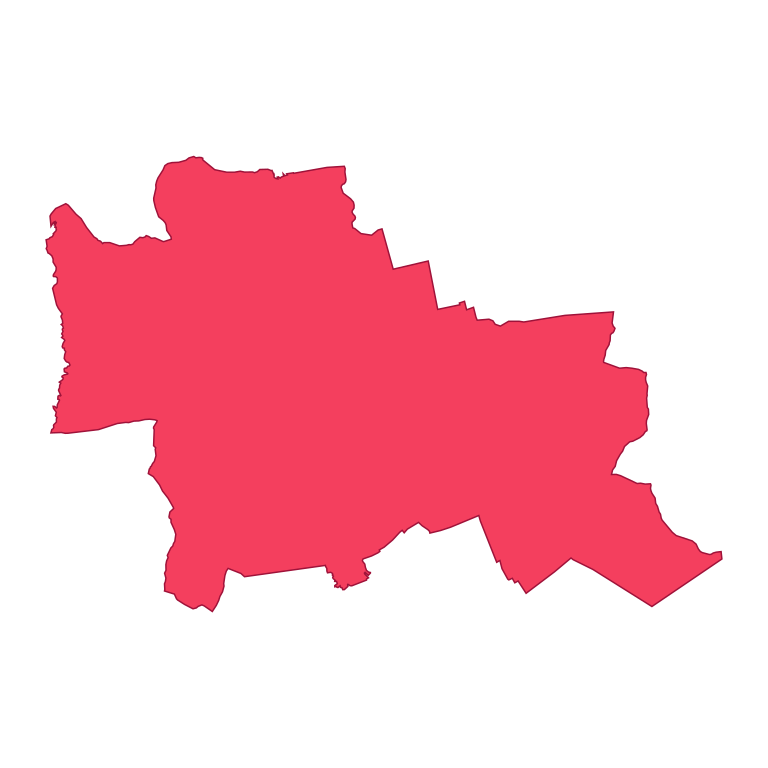 outline of Tatarani, Dâmbovita, Romania
{"feature_id": "2599482B54832396479791", "entity_name": "Tatarani", "entity_type": "district", "adm_level": 2, "iso_a3": "ROU", "parent_name": "Romania", "parent_adm1": "Dâmbovita", "projection": "albers", "projection_center": [25.253, 44.999], "detail": "fine", "context": "isolated", "style": "filled", "palette": "rose", "viewbox_px": 768, "rotation_deg": 0, "n_neighbors": 0, "source": "geoboundaries", "source_scale": "gbopen_adm2", "svg_char_len": 5984}
<svg xmlns="http://www.w3.org/2000/svg" viewBox="0 0 768 768"><path d="M721.9,559.0L721.1,551.6L716.1,552.2L713.2,553.0L711.2,554.3L709.4,554.5L702.3,552.6L700.3,551.5L698.3,548.9L696.1,544.1L692.2,540.9L676.2,535.6L672.3,532.3L662.1,520.1L661.2,518.1L660.5,514.2L659.1,512.0L657.5,506.4L655.7,503.4L655.1,498.1L651.9,493.2L650.8,490.2L650.5,488.2L651.0,485.1L650.5,483.8L645.2,484.1L640.5,483.2L637.1,483.5L620.6,475.7L616.3,474.4L611.5,474.5L612.6,469.9L615.2,466.4L616.6,460.7L620.3,454.2L622.6,451.2L624.5,446.5L629.7,441.8L632.8,441.2L639.8,437.6L643.2,434.8L645.4,431.5L646.8,430.8L647.1,429.9L646.3,423.5L646.5,420.5L648.7,414.5L648.4,409.1L647.3,407.4L646.6,398.1L647.2,395.4L647.0,393.7L647.7,386.0L646.2,382.4L645.6,379.9L645.6,377.3L646.5,374.5L646.0,372.5L643.7,372.5L642.3,371.2L638.6,369.4L631.9,368.2L626.2,367.6L619.6,368.2L603.7,362.4L603.5,361.9L603.8,359.5L605.2,355.2L605.7,350.5L609.1,344.6L609.3,342.9L610.1,340.8L610.4,334.9L611.7,333.3L612.9,332.8L614.0,331.1L615.0,328.3L613.2,326.1L612.1,323.0L613.5,311.9L564.9,315.4L523.8,322.0L519.3,321.3L508.6,321.3L500.4,326.1L495.2,324.3L492.9,320.8L489.0,319.2L477.2,320.2L476.0,317.3L473.5,307.3L466.6,309.8L464.5,301.3L459.4,303.0L459.8,304.8L437.7,309.4L428.2,261.0L393.2,269.2L382.0,228.9L378.1,230.0L371.6,235.2L361.0,233.6L354.7,228.5L352.8,227.9L352.0,223.8L352.1,222.2L355.1,219.1L355.4,217.4L354.8,215.9L353.2,214.3L352.1,212.3L352.2,210.9L354.0,208.2L354.1,205.1L353.4,202.1L350.6,198.8L343.2,193.2L341.1,187.4L341.5,185.7L342.7,184.3L344.3,183.7L345.6,181.8L346.0,179.5L344.9,172.0L345.2,168.6L344.3,166.3L327.0,167.4L296.0,172.9L293.7,173.3L293.5,172.8L286.7,173.8L287.4,175.0L284.9,175.7L283.2,173.8L283.6,176.2L281.4,177.0L280.2,178.1L278.3,176.8L277.2,177.2L277.8,177.8L278.0,178.9L276.0,178.6L274.2,177.4L273.9,175.8L274.3,175.0L273.6,174.3L273.8,173.5L273.3,173.4L272.0,170.4L271.2,170.6L267.9,169.3L259.8,169.5L257.4,171.7L254.6,172.7L252.5,172.0L244.6,172.1L240.3,171.2L234.6,172.2L226.7,172.2L214.7,169.7L203.1,160.2L202.6,159.2L202.8,158.3L201.5,157.6L199.2,157.4L195.8,157.8L193.8,156.5L189.0,157.9L185.9,160.3L178.7,162.3L172.0,162.6L167.8,163.6L164.9,165.6L163.0,170.0L158.0,177.9L156.7,181.1L155.8,184.8L156.0,188.0L153.7,198.2L153.8,200.6L155.4,207.5L158.7,216.8L163.2,220.4L165.1,222.6L166.1,224.8L166.8,230.5L171.0,236.8L171.3,239.2L164.5,241.4L163.2,241.6L154.9,237.9L151.4,238.3L148.7,236.5L146.2,235.6L145.1,236.9L142.9,237.7L139.9,237.3L134.8,241.6L132.8,244.2L130.6,244.8L129.0,244.6L126.5,245.3L119.4,245.9L109.7,242.6L103.9,242.6L102.7,243.6L100.5,241.2L97.9,240.3L96.9,238.7L94.0,237.0L86.5,227.4L81.1,218.6L76.0,214.2L68.3,205.2L65.8,203.7L55.7,208.5L51.2,213.9L50.0,216.1L51.0,226.3L53.4,222.4L55.2,221.5L55.4,222.2L56.3,222.4L56.2,223.0L55.3,223.0L54.8,223.6L53.9,223.2L54.4,223.8L54.3,224.8L55.5,224.4L54.9,227.2L56.2,227.3L56.0,228.9L56.4,229.7L55.9,230.9L53.2,233.8L53.6,234.4L52.4,236.6L49.9,237.7L49.1,238.8L46.1,239.8L47.1,246.3L46.2,248.7L47.1,250.3L48.0,253.0L49.3,253.6L51.8,255.8L53.1,258.9L53.1,262.1L56.2,267.3L56.1,269.7L55.6,271.3L53.5,274.5L53.2,276.0L53.7,276.6L55.6,276.6L57.1,277.7L57.4,278.3L57.4,281.9L56.8,283.7L54.2,285.5L52.6,288.3L56.6,304.8L58.4,308.4L62.4,313.9L61.2,315.8L61.0,316.7L62.4,320.1L62.7,323.4L61.2,324.5L62.6,325.7L63.4,328.1L62.4,328.9L62.3,329.7L63.0,331.4L61.7,333.9L62.7,335.3L62.8,336.3L61.6,337.5L64.2,339.4L64.8,340.5L63.1,343.3L62.2,346.5L62.7,347.9L64.4,348.2L64.3,349.7L65.7,351.7L64.7,354.7L64.2,358.5L65.7,361.0L66.8,362.0L68.7,362.5L69.9,364.6L69.9,365.3L69.2,366.0L67.7,366.3L66.7,367.9L64.6,368.3L64.1,369.0L64.4,371.8L67.2,372.9L67.8,373.5L67.6,374.1L64.1,374.9L62.0,376.2L61.9,376.9L63.1,377.7L63.1,378.9L62.0,380.2L59.3,382.1L60.8,383.1L59.7,385.2L59.5,388.2L58.7,389.3L58.6,390.6L60.9,395.5L60.5,395.9L59.2,395.4L58.0,396.2L57.8,399.2L59.3,399.7L59.5,400.2L57.3,404.8L57.1,407.6L56.5,408.0L54.7,406.4L53.1,406.3L53.5,408.4L56.3,412.3L55.4,415.8L57.0,417.5L56.4,418.9L56.4,422.1L53.8,424.7L53.5,425.5L53.8,427.3L53.1,428.7L51.8,429.6L50.9,432.9L61.4,432.5L65.3,433.3L68.1,433.2L98.5,429.6L117.3,423.5L125.8,422.4L128.7,422.6L133.9,421.1L138.8,420.9L144.9,419.5L149.6,419.2L154.8,419.8L157.1,420.6L156.7,422.1L153.7,426.9L153.5,428.1L154.2,429.6L153.6,445.7L155.7,447.8L155.2,449.3L156.0,455.7L154.3,461.5L152.7,463.4L151.2,466.4L150.5,466.8L149.9,468.6L149.3,469.0L148.3,473.6L153.3,476.6L159.6,485.0L162.5,491.0L168.0,498.1L173.4,507.5L173.6,508.5L169.9,512.0L169.0,516.7L169.2,517.8L171.0,519.3L171.0,522.3L174.3,529.5L175.8,534.3L174.8,541.4L173.5,543.5L172.8,546.0L170.9,547.9L167.3,555.4L168.1,557.6L166.6,560.9L165.9,564.6L166.0,570.3L164.6,573.2L165.9,578.1L165.4,581.5L164.5,583.8L164.8,589.4L164.5,591.0L174.4,594.1L176.5,598.8L177.6,600.0L184.5,604.4L193.0,608.8L196.4,607.9L198.1,606.4L201.9,604.9L204.2,605.9L212.3,611.5L216.3,605.4L218.7,600.4L219.9,596.5L222.5,591.8L224.0,586.1L223.7,583.6L224.9,575.6L226.3,571.1L228.1,568.4L241.0,573.5L244.5,576.7L325.4,565.4L325.6,566.5L326.8,568.4L326.9,571.1L327.5,572.8L330.7,572.3L332.3,573.3L332.8,574.3L332.3,575.0L333.4,576.2L332.7,577.3L333.1,578.5L335.3,580.4L335.4,580.8L334.8,580.7L334.7,581.4L336.6,581.5L337.3,583.7L334.8,585.5L334.8,586.8L336.2,586.5L337.0,587.3L338.0,587.5L340.1,585.8L340.5,587.4L341.9,587.7L342.8,589.7L344.4,589.6L347.9,586.4L347.6,584.7L347.9,584.3L350.1,585.7L351.8,585.8L366.5,580.1L366.6,578.9L368.5,577.8L364.9,574.2L364.4,573.1L365.1,572.3L368.3,575.3L370.4,573.1L370.4,572.5L368.6,572.1L366.5,570.4L365.4,567.4L364.8,564.1L362.6,561.3L362.4,560.4L363.1,558.9L371.5,556.0L378.0,552.8L379.9,551.4L379.3,549.9L384.1,547.2L392.6,540.0L399.8,532.2L402.2,530.3L404.2,532.8L407.4,529.1L418.5,522.4L422.2,525.8L427.8,529.6L429.5,531.3L429.9,533.1L440.6,530.5L450.6,527.2L478.8,515.5L480.4,521.1L496.7,562.3L499.9,560.5L502.0,568.7L507.8,579.2L508.8,579.9L512.3,578.3L514.8,582.8L518.1,581.0L526.1,593.3L554.4,571.9L571.0,558.0L573.2,559.7L593.0,569.5L651.9,606.5L721.9,559.0Z" fill="#f43f5e" stroke="#9f1239" stroke-width="1.5"/></svg>